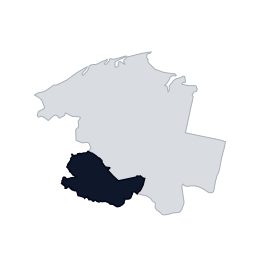 where Haut-Ogooué sits in Gabon, rotated 102°
{"feature_id": "GAB-2627", "entity_name": "Haut-Ogooué", "entity_type": "Province", "adm_level": 1, "iso_a3": "GAB", "parent_name": "Gabon", "parent_adm1": "", "projection": "natural_earth1", "projection_center": [13.705, -1.23], "detail": "fine", "context": "in_parent", "style": "filled", "palette": "ink", "viewbox_px": 256, "rotation_deg": 102, "n_neighbors": 0, "source": "natural_earth", "source_scale": "10m", "svg_char_len": 7494}
<svg xmlns="http://www.w3.org/2000/svg" viewBox="0 0 256 256"><g transform="rotate(102 128 128)"><path d="M174.3,34.1L174.1,36.3L172.0,41.8L170.9,45.9L170.7,50.4L171.3,53.9L172.3,56.5L173.0,59.3L172.5,61.2L171.4,62.0L172.2,63.0L173.7,63.2L176.4,62.4L180.5,60.9L186.0,58.8L189.5,57.6L195.4,58.3L198.5,59.2L200.1,60.7L201.9,67.0L202.7,68.0L204.1,70.7L205.3,74.0L205.6,75.6L205.4,76.8L204.2,78.6L202.9,81.2L202.4,82.7L201.3,83.9L199.9,85.1L196.0,85.5L195.4,86.2L194.3,89.0L192.2,91.3L191.3,93.5L190.4,96.4L190.6,100.1L190.2,105.3L189.7,108.9L190.8,110.1L195.5,111.0L196.4,111.7L197.6,113.9L199.2,116.0L203.5,117.3L205.2,118.9L206.5,120.6L206.7,122.0L205.7,127.7L204.8,133.2L205.2,137.4L205.5,141.4L206.0,147.2L205.8,150.7L204.6,152.9L204.6,154.6L205.1,156.6L204.1,162.2L203.4,163.2L201.5,164.2L200.4,165.8L200.1,168.1L199.1,171.4L198.0,172.6L198.0,174.1L199.0,175.2L199.0,176.9L197.1,178.9L196.0,180.5L193.4,181.2L190.5,180.4L189.8,179.3L190.5,177.6L190.2,176.2L189.2,174.7L187.7,170.9L186.3,170.1L185.5,171.6L183.1,174.5L178.9,178.2L176.0,178.5L170.6,177.4L166.0,175.6L163.9,171.3L162.5,167.7L160.6,163.6L158.4,161.6L156.1,160.3L155.0,160.2L151.7,162.6L150.7,163.5L150.7,165.4L151.0,167.2L151.6,168.1L152.0,169.3L151.9,171.1L151.3,173.5L151.1,176.2L140.7,178.8L138.9,177.8L137.6,176.6L136.0,176.8L131.4,178.2L129.8,177.2L128.1,176.6L127.4,177.1L127.3,178.3L128.1,184.5L127.8,186.9L126.8,190.1L126.3,192.2L129.1,192.8L130.1,193.8L131.0,195.3L132.4,196.8L132.5,197.7L130.9,199.3L130.4,201.4L131.2,202.9L133.0,204.6L135.8,206.3L137.1,207.4L137.0,208.4L135.7,210.6L135.2,212.5L134.4,214.1L134.5,215.7L135.8,217.1L135.7,218.4L134.8,219.4L133.1,219.2L131.7,219.3L130.3,218.9L126.3,213.9L125.4,213.8L119.5,217.6L118.0,219.2L116.8,221.4L115.2,226.3L112.5,223.5L110.2,218.3L107.5,215.1L101.8,209.9L100.3,206.1L93.8,197.8L84.4,189.4L77.7,182.1L76.7,180.5L77.8,180.7L84.3,184.3L85.2,183.9L86.0,183.1L83.1,181.2L80.5,179.7L77.9,178.8L75.4,178.9L74.0,177.3L73.1,175.0L72.6,173.0L71.5,170.9L67.9,166.6L67.1,164.9L65.1,162.7L66.3,162.4L70.1,164.5L70.5,163.7L70.1,162.4L66.3,160.3L64.2,160.2L63.7,158.7L64.0,157.1L61.2,150.8L58.4,146.1L57.9,143.9L65.6,154.1L66.7,154.3L68.0,154.2L71.2,153.0L70.6,151.7L69.2,150.2L67.8,150.9L66.0,151.0L65.0,150.4L64.6,149.3L66.4,144.4L65.6,144.6L65.0,145.5L64.0,145.9L62.5,146.2L58.7,143.5L55.3,136.4L54.4,134.9L53.5,132.4L52.6,131.4L48.8,121.2L50.3,121.9L52.0,124.9L55.4,124.3L56.8,122.5L57.9,122.6L59.1,122.2L60.6,120.6L65.0,113.6L66.2,104.3L65.8,98.8L65.2,93.4L66.6,91.6L67.2,92.8L67.5,94.7L68.1,96.1L69.7,97.4L72.6,97.8L77.1,99.8L78.7,101.1L79.1,98.5L84.3,96.3L82.7,95.5L78.1,96.4L71.8,93.1L69.8,91.0L67.8,87.1L65.8,85.0L65.9,83.2L70.4,81.5L71.6,81.6L72.1,83.7L73.3,84.5L73.8,84.2L74.0,82.5L74.0,77.8L72.6,71.1L73.1,69.8L74.3,69.4L75.4,68.5L76.2,68.3L77.7,68.5L78.5,70.0L78.9,70.9L80.4,71.3L81.7,72.1L82.8,71.9L83.7,70.9L85.0,70.7L89.1,70.7L92.9,70.8L100.3,70.8L107.7,70.8L115.1,70.8L120.7,70.9L120.7,67.0L120.7,61.1L120.7,54.1L120.6,47.5L120.6,41.3L120.6,33.9L120.9,31.8L121.2,31.0L121.1,29.8L126.9,29.7L137.3,30.2L141.8,30.1L143.1,30.2L148.8,29.9L153.4,30.3L155.3,30.9L157.1,31.1L162.6,31.4L169.8,31.0L172.3,31.1L173.6,32.1L174.3,34.1Z" fill="#d9dde1" stroke="#a8b0b8" stroke-width="1"/><path d="M190.5,105.4L189.3,107.3L189.0,108.1L189.0,109.0L190.2,110.7L190.4,110.9L190.6,110.8L190.9,110.7L191.0,110.5L191.1,110.3L191.2,110.1L191.4,110.0L192.4,110.1L192.7,110.3L192.9,110.5L193.1,110.8L194.1,110.5L195.2,110.7L196.2,111.2L196.9,112.0L197.4,113.1L197.7,114.4L197.9,115.7L197.9,116.9L198.4,116.6L198.8,116.4L199.3,116.4L199.8,116.6L200.3,116.8L200.7,116.6L201.1,116.4L201.6,116.3L202.3,116.5L203.4,117.1L204.3,117.7L204.9,118.7L206.0,119.5L206.3,120.0L207.0,121.5L207.2,122.4L207.0,123.5L205.9,126.2L205.8,127.0L205.8,127.8L206.0,128.6L206.1,129.5L205.8,130.2L205.3,130.8L204.9,131.6L204.7,132.3L204.6,133.7L204.3,134.4L204.3,134.8L205.1,137.3L205.4,138.0L205.4,138.4L205.4,138.6L205.3,139.2L205.3,139.5L205.5,139.8L205.6,140.0L206.0,140.5L206.3,140.9L206.3,141.2L206.3,142.2L206.2,142.9L206.1,143.2L205.9,143.5L205.7,143.8L205.5,144.0L205.3,144.2L205.2,144.6L205.4,145.2L205.8,145.6L206.7,146.4L206.9,147.0L206.7,147.4L206.4,147.7L206.0,148.0L205.9,148.3L205.9,149.1L205.6,150.0L205.9,150.4L206.2,151.0L206.2,151.4L205.3,151.6L205.2,151.9L205.0,152.3L204.9,152.6L204.6,152.8L204.3,153.0L203.8,153.2L203.5,153.5L204.3,154.0L204.6,155.3L205.1,155.5L205.6,155.6L205.8,155.8L205.2,156.2L204.9,156.7L204.7,157.4L204.6,159.9L204.4,160.7L204.4,161.0L204.6,162.3L204.4,162.8L203.7,163.2L203.6,163.3L200.5,164.7L200.3,164.9L200.1,165.2L200.1,165.4L200.1,165.8L199.9,166.1L200.0,166.3L200.1,166.5L200.3,166.6L200.4,166.9L200.4,167.2L200.2,167.9L200.1,169.5L200.0,170.0L199.8,170.2L199.3,170.4L199.2,170.5L199.1,170.8L199.3,171.4L199.3,171.6L198.9,172.1L198.0,172.5L197.6,172.8L197.7,173.9L199.8,175.9L200.0,176.9L199.9,176.9L198.6,177.2L198.3,177.4L198.0,177.5L197.5,178.1L197.3,178.3L197.2,178.6L197.2,179.5L197.0,179.8L196.7,180.0L196.5,180.3L196.3,180.8L196.2,181.2L196.0,181.5L195.8,181.5L195.5,181.4L195.1,181.1L194.8,181.1L194.6,181.1L193.4,181.6L193.2,181.6L193.0,181.4L192.9,180.8L192.7,180.6L192.4,180.6L192.1,180.7L191.7,181.1L191.1,181.2L190.4,181.2L189.8,180.9L189.4,180.5L189.4,180.3L189.4,179.1L189.6,178.8L190.2,178.5L190.6,177.5L190.9,177.3L191.0,177.1L190.6,176.5L190.4,176.3L190.1,176.1L189.9,175.9L189.8,175.0L189.6,174.7L189.1,174.1L188.7,173.5L188.1,172.1L187.9,170.7L187.6,170.1L187.3,169.5L186.9,169.1L186.6,168.8L186.5,169.0L185.9,169.9L185.6,170.6L185.6,170.9L185.5,171.5L185.4,171.9L185.2,172.2L183.1,174.6L182.9,174.9L182.9,175.6L182.7,175.8L182.5,176.1L181.8,176.3L181.5,176.5L181.2,176.8L180.8,177.3L180.6,177.6L179.7,178.3L179.4,178.6L179.3,178.9L179.2,179.2L179.1,179.5L178.8,179.7L178.6,179.6L178.4,179.2L178.2,179.2L177.9,179.3L177.7,179.3L177.1,179.2L176.6,179.3L176.1,179.3L171.3,177.2L171.1,177.2L170.8,177.2L170.2,177.6L169.9,177.6L169.4,177.5L167.6,176.6L166.9,176.4L166.6,176.5L166.1,177.1L165.8,177.5L165.4,177.5L165.3,177.3L165.5,177.0L165.8,176.7L166.0,176.2L166.1,175.9L166.1,175.7L166.2,175.4L166.3,175.1L166.5,174.8L166.5,174.5L166.3,174.4L166.2,174.4L166.0,174.2L165.9,173.9L165.8,173.1L165.5,172.7L165.0,171.8L164.8,171.5L164.1,171.9L163.7,171.9L163.6,171.3L163.6,171.0L163.5,170.8L163.1,170.4L163.0,170.2L163.2,169.7L163.3,169.6L163.4,169.4L163.4,169.2L162.9,169.0L162.8,168.9L162.8,168.7L162.8,167.8L162.6,167.6L162.2,167.1L162.1,166.9L161.8,166.2L161.2,163.9L160.9,163.2L160.4,162.8L159.3,162.4L159.2,162.3L159.2,162.0L159.6,160.9L159.8,160.0L160.2,159.0L160.2,158.7L160.1,158.1L160.1,157.8L162.1,153.0L162.6,152.3L162.8,152.0L162.9,151.7L163.1,151.4L163.3,151.0L163.4,150.6L163.4,149.7L163.5,149.4L163.8,149.0L164.0,148.7L164.3,148.4L164.5,148.2L164.7,147.9L164.9,147.3L165.1,147.0L165.9,146.5L166.2,146.5L166.3,146.5L166.5,146.5L167.0,146.4L167.3,146.2L167.5,146.0L167.8,145.7L168.2,145.1L168.4,144.8L168.7,144.6L169.1,144.4L169.3,144.2L169.8,143.3L170.0,143.0L170.3,142.8L170.6,142.7L170.8,142.3L170.9,141.7L170.9,140.4L170.8,139.2L170.6,138.0L170.6,137.8L170.8,137.5L172.8,138.7L173.3,139.1L173.5,139.0L173.6,138.9L178.1,132.6L181.5,126.8L181.5,126.3L181.3,125.5L174.5,110.1L174.3,109.8L174.0,109.6L173.7,109.6L173.2,109.3L173.1,108.8L173.0,108.5L173.0,107.8L172.7,106.5L172.6,106.3L172.4,106.1L172.3,105.8L172.5,105.5L173.2,104.4L173.9,102.8L173.9,101.2L179.1,101.4L180.1,101.4L180.5,101.4L186.0,102.8L186.5,103.0L187.1,103.4L188.5,104.6L190.5,105.4L190.5,105.4Z" fill="#0f172a" stroke="#020617" stroke-width="1.5"/></g></svg>